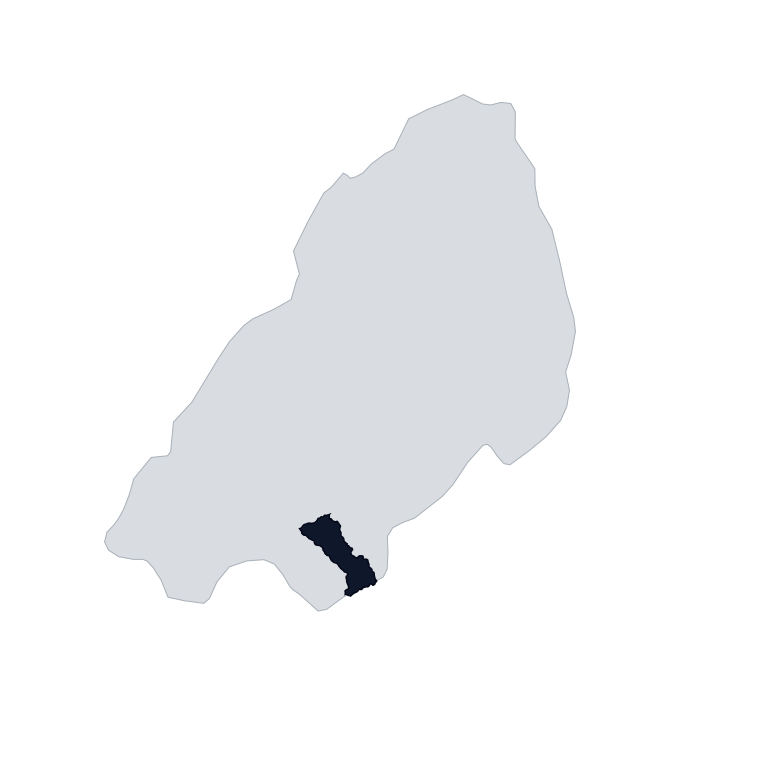 location of Khoma, Lhuntshi, Bhutan, rotated 127°
{"feature_id": "84629894B14168855768935", "entity_name": "Khoma", "entity_type": "district", "adm_level": 2, "iso_a3": "BTN", "parent_name": "Bhutan", "parent_adm1": "Lhuntshi", "projection": "mercator", "projection_center": [91.309, 27.836], "detail": "fine", "context": "in_parent", "style": "filled", "palette": "ink", "viewbox_px": 768, "rotation_deg": 127, "n_neighbors": 0, "source": "geoboundaries", "source_scale": "gbopen_adm2", "svg_char_len": 7225}
<svg xmlns="http://www.w3.org/2000/svg" viewBox="0 0 768 768"><g transform="rotate(127 384 384)"><path d="M603.2,333.2L602.2,337.8L597.1,350.0L593.8,363.3L596.6,374.2L607.9,387.2L623.2,397.5L642.6,398.3L660.5,394.3L667.7,396.0L677.4,413.3L684.3,428.2L674.9,443.7L669.8,457.2L668.0,466.7L669.1,470.9L674.9,478.7L681.6,491.9L682.5,504.0L678.3,512.1L669.0,516.1L659.2,514.9L651.1,515.1L641.0,516.5L625.1,521.0L610.4,526.8L582.7,525.7L571.6,513.7L566.4,513.7L541.2,529.2L513.8,526.5L463.9,531.6L443.0,532.9L421.6,531.1L410.7,527.9L390.6,516.9L372.3,509.0L353.7,516.3L347.2,517.6L332.3,536.3L300.0,542.5L267.8,547.0L258.3,544.5L240.1,543.4L239.4,539.0L240.0,534.8L235.9,531.4L228.5,527.9L215.8,526.5L199.6,521.8L190.2,517.4L157.2,523.9L137.9,514.1L116.1,500.5L105.0,494.7L101.0,473.7L97.1,466.9L88.5,459.8L83.7,451.5L87.6,442.9L109.3,426.9L111.1,423.1L121.2,393.2L135.2,382.3L149.0,367.1L159.4,343.1L179.6,318.3L201.7,292.9L216.9,272.2L227.0,262.6L247.8,252.2L265.2,246.1L277.3,232.2L291.8,224.5L306.8,221.0L328.9,222.9L349.8,227.9L372.7,234.8L375.4,240.3L373.4,250.2L370.1,260.2L370.0,265.3L373.5,268.1L395.9,270.0L423.3,268.4L438.7,269.8L473.0,279.0L483.0,285.5L493.5,290.5L503.7,289.6L516.7,279.0L530.3,269.9L538.8,268.5L544.9,271.4L555.8,280.0L578.4,288.1L598.5,294.2L605.0,300.0L602.8,324.9L603.2,333.2Z" fill="#d9dde1" stroke="#a8b0b8" stroke-width="1"/><path d="M575.4,288.4L574.8,288.1L574.4,285.3L573.5,284.4L573.4,284.2L573.5,283.9L573.5,283.7L573.7,283.2L573.4,283.0L572.7,283.0L572.3,282.9L571.9,282.8L571.5,282.7L570.8,282.5L570.5,282.4L570.3,282.4L570.1,282.4L569.8,282.5L569.4,282.5L569.2,282.2L568.9,281.9L568.7,281.8L567.3,281.1L566.9,280.9L566.3,280.7L565.8,280.3L565.4,280.3L565.0,280.3L564.6,280.4L564.2,280.3L563.4,280.4L563.1,280.3L562.8,280.1L562.6,279.8L562.5,279.5L562.2,279.0L561.9,278.5L561.5,278.2L561.3,278.1L560.9,278.2L560.3,278.2L560.0,278.2L559.7,278.1L559.4,278.0L559.2,278.0L558.8,277.9L558.4,277.6L558.1,277.2L557.8,277.0L557.4,276.8L557.1,276.5L556.7,276.2L556.4,275.8L556.1,275.5L556.0,275.2L555.6,274.8L555.4,274.8L555.1,274.7L554.9,274.5L554.6,274.5L554.3,274.5L554.2,274.7L553.9,274.6L553.6,274.6L553.1,274.5L552.5,274.6L552.1,274.6L551.5,274.4L551.2,273.7L551.4,273.4L551.2,272.4L551.5,271.9L551.2,271.6L550.5,271.2L549.9,270.9L549.7,270.9L548.1,271.3L547.6,271.3L546.6,271.3L546.3,271.2L545.8,271.2L545.7,271.3L545.0,273.8L543.2,276.0L542.9,276.3L542.8,276.6L542.6,276.6L542.4,276.8L542.2,277.0L541.3,277.8L540.6,278.6L540.7,279.6L540.6,280.0L540.6,280.5L540.6,281.0L540.4,281.3L540.0,281.8L539.3,282.1L539.3,282.3L539.3,282.8L539.2,283.4L539.0,283.9L539.1,284.5L539.1,285.0L539.0,285.6L538.9,286.2L538.4,286.6L537.8,286.9L537.3,287.3L536.8,287.7L536.6,288.1L536.6,288.6L536.4,288.9L536.2,289.0L535.6,289.7L535.0,290.4L534.5,290.8L534.3,291.3L534.3,291.9L534.7,292.9L535.0,293.4L535.3,293.6L535.9,294.4L536.0,295.2L535.9,295.6L535.6,295.8L535.1,296.2L534.5,296.7L534.2,297.3L534.2,297.7L534.6,298.4L535.3,299.1L535.8,300.0L536.2,300.3L537.3,300.5L538.1,300.8L538.9,300.9L539.4,301.4L539.6,301.8L539.7,302.4L539.8,302.9L539.6,303.6L539.6,304.2L539.7,304.8L539.9,305.6L540.1,306.6L539.9,307.5L539.2,308.3L538.8,308.7L538.6,308.9L538.1,309.3L537.6,309.4L535.7,309.4L535.4,309.3L534.9,309.8L534.6,310.2L534.4,310.6L534.4,310.9L534.8,311.5L535.1,312.4L535.0,312.8L535.0,313.3L534.6,314.5L534.6,315.2L534.9,315.9L534.9,316.6L533.8,317.2L533.9,317.7L533.9,318.3L533.8,318.9L533.8,319.5L533.6,321.0L533.4,321.4L532.8,322.2L532.1,322.7L531.9,322.9L531.7,323.2L531.5,323.6L531.4,324.0L531.3,324.4L531.2,324.8L531.2,325.1L531.2,325.5L531.2,325.9L531.0,327.0L530.9,327.3L530.5,327.6L530.2,327.8L529.8,328.0L529.5,328.2L529.2,328.4L528.9,328.7L528.4,329.2L528.2,329.6L528.0,330.3L527.8,330.6L527.2,331.5L527.0,331.8L526.8,332.0L526.4,332.3L525.9,332.4L525.5,332.5L525.0,332.8L523.8,333.2L523.6,333.4L523.4,333.6L523.3,334.1L523.2,334.4L523.1,334.8L523.0,335.3L523.0,335.6L522.8,336.0L522.5,336.3L522.4,336.5L522.3,336.9L522.2,337.5L522.0,337.9L522.0,338.1L521.9,338.5L522.1,338.6L522.1,338.9L522.2,339.1L522.5,339.4L522.8,339.5L523.3,339.9L523.5,340.2L523.6,340.5L523.8,341.1L523.9,341.3L523.9,341.6L524.0,342.1L524.1,342.6L524.1,343.2L523.9,343.5L523.8,343.9L523.7,344.3L523.6,344.7L523.6,344.9L523.5,345.1L523.5,345.3L523.9,345.8L524.1,346.1L524.6,346.5L524.4,346.7L523.4,347.5L522.3,348.3L521.8,348.7L521.5,348.9L521.2,349.0L520.9,349.0L521.5,349.4L521.8,349.5L522.1,349.4L522.3,349.5L522.5,349.7L522.6,349.9L522.6,350.3L522.8,350.5L523.1,350.5L523.3,350.5L523.5,350.6L523.8,351.0L523.9,351.3L524.1,351.5L524.1,352.0L524.4,352.3L524.8,352.3L525.0,352.4L525.1,352.5L525.4,352.6L526.3,352.5L526.5,352.4L526.9,352.4L527.2,352.6L527.2,352.8L527.4,353.5L527.5,353.8L527.6,354.0L528.2,354.4L528.4,354.3L528.5,354.3L528.6,354.2L528.9,354.2L529.3,354.3L529.6,354.5L530.1,355.1L530.5,355.4L530.9,355.6L531.3,355.7L531.6,355.7L532.0,355.6L532.7,355.4L533.4,355.4L533.7,355.4L533.9,355.3L534.2,355.3L534.9,355.5L536.1,355.8L537.7,356.7L539.2,358.4L539.7,359.4L539.8,359.7L540.5,360.3L541.0,361.0L542.2,361.6L542.9,362.1L543.8,362.8L544.6,363.2L545.0,363.4L545.4,363.5L546.0,363.4L547.1,363.5L547.7,363.4L548.3,363.4L548.8,363.5L549.3,363.6L550.0,364.1L550.3,364.4L550.6,363.6L551.0,362.6L551.1,362.2L551.4,361.1L551.7,360.6L552.6,360.0L552.9,358.8L553.0,357.9L553.0,357.4L552.6,356.4L551.9,355.3L551.9,354.7L552.3,353.0L552.2,352.1L552.3,351.6L552.6,351.1L552.5,350.5L552.2,349.8L552.2,349.1L551.9,348.0L551.9,347.1L551.6,346.6L551.4,345.7L551.7,345.1L552.7,344.0L553.3,343.2L553.5,341.7L553.3,340.9L552.8,340.1L552.4,339.4L552.0,338.4L551.5,337.8L551.5,337.6L551.7,336.7L551.6,335.9L551.4,335.3L551.8,334.7L551.8,334.4L552.0,334.1L552.4,333.7L552.5,333.5L553.2,332.8L553.4,332.5L553.5,332.1L553.6,331.8L553.7,331.4L553.9,330.7L554.0,330.3L554.5,329.7L554.7,329.4L554.8,329.2L554.9,328.9L555.0,328.5L555.0,328.2L555.0,327.8L554.9,327.4L555.1,326.7L555.2,326.4L554.8,325.7L554.7,325.2L554.3,324.6L554.2,324.3L554.4,324.0L554.5,323.7L554.8,323.3L555.0,323.0L555.3,322.6L555.5,322.2L555.6,321.8L555.7,321.5L556.1,320.9L556.1,320.5L556.3,320.2L556.5,320.0L556.7,319.8L556.7,319.4L556.6,319.1L556.5,318.7L556.5,318.3L556.6,317.9L556.7,317.4L556.7,317.1L556.7,316.7L556.4,315.9L556.1,315.0L555.9,314.7L555.8,314.3L555.7,314.0L555.7,313.6L555.7,313.3L555.7,312.9L555.7,312.5L555.8,312.1L556.0,311.7L556.4,311.0L556.5,310.7L556.5,310.3L556.7,310.1L556.8,309.8L556.8,309.3L556.9,308.6L557.2,308.0L557.3,307.6L557.3,307.2L557.4,306.7L557.4,305.9L557.4,305.2L557.4,304.5L557.4,304.2L557.5,303.9L557.6,303.6L557.8,303.1L557.8,302.6L557.8,302.2L557.7,301.9L557.4,301.5L557.0,301.2L556.8,300.9L556.8,300.5L556.9,300.1L557.1,299.8L557.4,299.4L557.6,299.1L557.8,298.8L558.0,298.5L558.0,298.1L559.5,298.1L559.8,298.3L560.1,298.4L560.5,298.3L561.1,298.0L561.5,297.7L562.0,297.0L562.5,296.5L562.9,296.0L563.4,295.5L564.1,295.0L564.6,294.4L564.8,294.1L565.5,293.1L565.7,292.8L566.0,292.2L566.5,291.3L566.6,291.0L566.9,290.7L567.2,290.4L568.0,289.7L568.3,289.5L568.6,289.4L568.9,289.3L569.7,289.5L570.0,289.6L570.3,289.8L571.0,290.2L571.2,290.3L571.5,290.4L571.8,290.5L572.1,290.5L572.5,290.6L572.8,290.4L573.1,290.3L573.3,290.0L573.6,289.6L573.9,289.4L575.4,288.4Z" fill="#0f172a" stroke="#020617" stroke-width="1.5"/></g></svg>